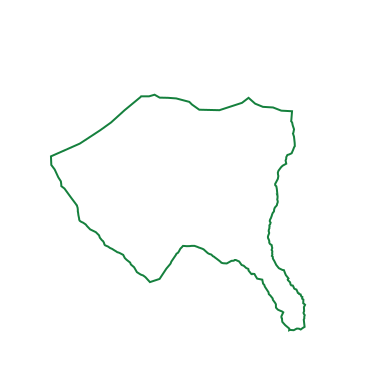 Santa María Teopoxco, Puebla, Mexico (Albers equal-area conic projection), rotated 106°
{"feature_id": "50627088B27256400122103", "entity_name": "Santa María Teopoxco", "entity_type": "district", "adm_level": 2, "iso_a3": "MEX", "parent_name": "Mexico", "parent_adm1": "Puebla", "projection": "albers", "projection_center": [-96.962, 18.176], "detail": "fine", "context": "isolated", "style": "outline", "palette": "green", "viewbox_px": 384, "rotation_deg": 106, "n_neighbors": 0, "source": "geoboundaries", "source_scale": "gbopen_adm2", "svg_char_len": 5031}
<svg xmlns="http://www.w3.org/2000/svg" viewBox="0 0 384 384"><g transform="rotate(106 192 192)"><path d="M290.2,207.6L284.5,199.2L272.7,195.5L267.1,193.0L266.2,192.8L264.7,192.7L257.1,190.2L255.6,189.9L254.1,188.6L253.2,188.4L252.3,188.1L250.2,187.7L249.2,187.3L248.2,186.7L246.3,185.8L246.1,185.0L245.5,182.0L244.6,179.2L243.8,177.3L243.5,176.1L243.1,174.7L243.3,171.3L243.5,170.3L243.5,169.4L243.7,166.4L243.9,165.3L243.9,165.1L246.4,160.0L246.8,158.2L246.8,156.3L247.6,154.7L247.9,154.4L248.2,152.7L248.5,152.3L249.3,150.1L250.6,146.8L251.4,145.0L251.8,144.5L251.9,143.8L251.9,142.5L251.1,138.9L247.5,135.3L247.1,134.7L247.0,134.3L246.8,133.6L246.5,132.9L245.6,132.2L245.3,131.2L245.8,127.5L248.4,124.3L248.5,124.0L248.6,122.0L249.3,120.6L250.2,118.8L250.3,117.2L250.5,116.6L251.9,116.0L254.3,112.6L254.5,112.3L254.5,111.7L253.9,111.2L253.6,109.4L255.3,107.7L257.3,105.5L256.9,100.3L260.5,98.4L261.4,96.9L262.9,95.9L267.3,90.8L269.0,90.0L269.9,88.2L272.1,85.1L273.3,84.6L275.7,81.5L276.8,80.4L278.5,79.9L280.0,79.4L281.4,77.1L281.7,75.4L282.0,72.6L282.5,71.1L286.9,71.8L288.3,71.3L288.6,70.7L291.3,69.7L292.1,69.2L294.3,65.7L296.5,60.8L298.1,60.5L297.6,59.9L296.8,56.1L294.4,53.6L293.9,51.5L294.2,49.6L292.1,48.0L290.6,46.6L285.3,48.8L283.8,49.4L282.7,49.2L280.9,49.7L279.3,49.7L278.5,50.7L277.5,51.5L275.5,51.4L271.8,52.7L269.3,52.2L268.6,53.5L268.3,54.4L264.7,55.3L264.2,56.7L263.2,56.9L262.5,57.0L262.3,58.1L260.5,59.4L260.6,60.8L259.9,61.3L259.8,62.5L258.7,63.2L257.8,64.1L257.0,64.7L256.9,66.3L256.6,67.2L254.7,68.7L254.1,69.4L254.4,70.8L253.7,71.8L251.8,72.8L250.3,75.5L249.7,75.9L248.5,75.4L246.0,78.9L243.7,80.7L241.8,82.1L242.0,83.5L241.7,85.3L241.3,87.5L238.9,90.9L235.7,93.8L233.7,95.9L232.0,96.5L231.6,97.1L231.4,97.6L230.0,97.5L228.5,98.2L227.8,98.2L226.7,98.5L226.4,98.8L226.0,99.3L225.9,99.4L225.8,99.5L225.5,99.5L225.1,99.5L224.5,99.4L224.4,99.4L223.9,99.4L223.6,99.5L223.1,99.7L222.9,99.9L222.5,100.2L221.8,100.5L221.3,100.6L221.1,100.8L220.9,101.0L220.8,101.7L220.7,102.0L220.6,102.4L220.4,102.7L220.1,103.1L219.8,103.4L219.5,103.7L219.3,103.8L219.1,103.9L218.4,104.0L218.0,104.2L217.7,104.3L217.2,104.6L216.8,104.9L216.6,105.1L216.2,105.3L215.9,105.7L215.6,106.0L215.2,106.2L214.7,106.5L214.4,106.6L214.0,106.7L213.6,106.7L213.0,106.7L212.3,106.7L212.0,106.6L211.6,106.6L211.0,106.5L210.4,106.5L210.2,106.5L209.9,106.6L209.7,106.7L209.3,107.0L209.1,107.1L208.8,107.3L208.7,107.4L208.4,107.4L207.9,107.6L207.6,107.7L207.4,107.7L206.9,107.7L206.7,107.7L206.3,107.7L205.8,107.6L205.5,107.6L205.2,107.7L204.8,107.8L204.6,107.9L204.0,107.9L203.8,107.9L203.6,108.1L203.4,108.2L203.2,108.3L202.8,108.4L202.7,108.4L202.4,108.4L202.1,108.3L202.0,108.2L201.8,108.1L201.7,108.1L201.3,108.0L200.9,108.0L200.4,108.0L200.1,108.0L199.9,108.0L199.7,108.0L199.4,108.4L199.3,108.5L199.2,108.7L199.1,108.9L198.9,109.0L198.6,109.2L198.4,109.3L198.2,109.3L197.9,109.3L197.5,109.3L197.3,109.3L196.9,109.3L196.5,109.2L196.3,109.2L195.8,109.1L195.4,109.0L195.1,108.9L194.9,108.9L194.4,108.9L194.0,108.9L193.5,108.8L192.7,108.8L192.2,108.8L191.7,108.8L191.3,108.8L190.7,108.7L190.0,108.6L189.7,108.6L189.0,108.2L188.7,108.1L188.3,108.0L188.0,107.9L187.6,107.9L187.3,108.0L187.0,108.1L186.7,108.1L186.3,108.2L185.9,108.2L185.4,108.2L185.1,108.2L184.8,108.2L184.3,108.0L183.5,107.8L183.1,107.6L182.6,107.3L181.9,107.0L181.4,106.8L181.2,106.8L180.8,106.8L180.3,106.9L179.8,106.9L178.9,106.8L178.4,106.8L178.1,106.8L177.7,106.9L177.1,107.1L176.7,107.4L176.1,107.7L175.7,108.0L175.4,108.1L175.2,108.1L174.9,108.1L174.5,108.1L174.2,108.1L173.3,108.4L172.8,108.5L172.3,108.6L171.9,108.9L171.3,109.3L171.3,109.1L171.0,109.2L168.7,110.1L165.7,111.3L163.3,112.5L162.6,113.8L161.4,114.3L155.8,113.1L152.8,113.4L151.6,114.1L149.8,114.8L148.9,114.8L147.6,114.7L143.6,113.2L141.7,112.1L139.6,110.0L138.8,109.2L135.9,110.7L134.1,110.6L132.5,111.0L130.1,110.5L129.0,108.8L127.3,106.9L123.5,106.4L120.9,106.2L119.6,105.8L116.6,106.8L110.7,109.2L107.9,111.1L107.2,110.9L103.6,111.2L100.1,113.6L97.6,114.9L96.6,116.2L95.2,116.4L86.8,118.1L89.2,128.6L88.4,137.4L90.6,147.3L89.7,155.6L85.9,163.6L92.5,168.5L105.8,188.2L110.9,207.7L107.9,216.2L106.1,219.4L106.2,223.9L106.4,233.0L108.1,241.1L110.2,249.1L108.8,254.8L111.9,259.7L114.1,267.3L115.0,267.7L131.9,279.3L147.5,289.0L158.1,297.4L176.4,313.2L196.6,337.4L204.8,334.7L208.2,330.2L214.7,324.6L217.9,321.0L220.4,319.9L222.4,319.2L223.8,315.6L230.9,306.5L235.5,300.4L236.4,299.4L236.5,299.0L237.7,298.3L238.7,297.6L240.7,296.8L241.1,296.7L242.1,296.4L242.4,296.3L242.7,296.0L243.1,295.9L243.5,295.7L244.2,295.4L245.6,294.8L248.8,293.1L249.7,292.8L250.6,292.0L251.2,290.3L251.5,288.2L252.5,285.2L253.8,283.4L256.0,279.6L257.1,273.4L259.3,269.4L261.3,268.0L263.2,265.3L263.8,263.9L265.0,262.7L266.7,261.6L267.2,260.8L267.6,257.6L268.4,255.4L268.7,253.1L269.4,250.8L269.9,248.9L270.5,247.1L270.4,246.1L270.6,244.6L271.4,240.8L274.0,238.4L275.2,236.2L276.9,232.0L278.5,230.8L280.3,226.9L284.2,222.9L285.5,218.6L285.7,215.9L286.7,213.3L290.2,207.6Z" fill="none" stroke="#15803d" stroke-width="2"/></g></svg>